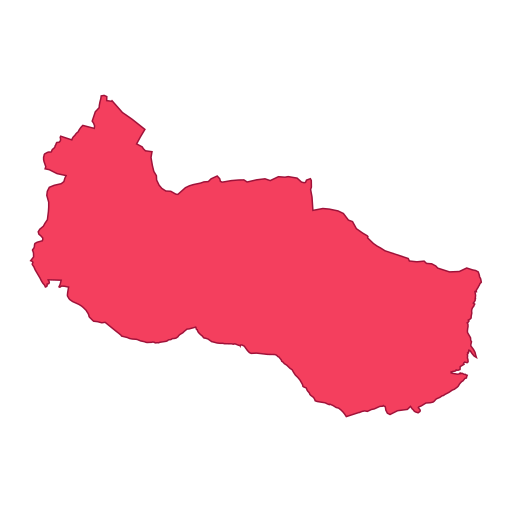 Teliu, Brasov, Romania
{"feature_id": "2599482B6146472281310", "entity_name": "Teliu", "entity_type": "district", "adm_level": 2, "iso_a3": "ROU", "parent_name": "Romania", "parent_adm1": "Brasov", "projection": "albers", "projection_center": [25.905, 45.691], "detail": "fine", "context": "isolated", "style": "filled", "palette": "rose", "viewbox_px": 512, "rotation_deg": 0, "n_neighbors": 0, "source": "geoboundaries", "source_scale": "gbopen_adm2", "svg_char_len": 5983}
<svg xmlns="http://www.w3.org/2000/svg" viewBox="0 0 512 512"><path d="M418.1,412.8L419.8,411.6L420.2,410.9L420.1,410.1L419.8,409.5L418.4,407.9L418.3,407.6L418.5,407.2L419.3,406.7L421.1,406.0L426.0,403.0L430.4,402.7L433.0,402.1L434.2,401.2L435.7,399.5L436.5,398.8L439.8,397.4L442.1,395.8L443.5,395.5L444.8,394.5L448.9,392.4L452.4,390.0L454.3,389.3L457.2,387.2L458.3,386.1L459.5,384.0L460.7,382.6L461.8,381.5L462.9,380.9L464.9,378.4L466.4,378.0L466.5,377.8L466.5,377.1L467.2,375.3L465.8,374.8L465.2,374.3L464.9,374.4L463.7,374.2L462.5,373.4L461.6,373.3L460.9,373.7L460.5,373.0L460.1,373.0L459.0,374.0L457.5,374.2L452.4,373.3L451.1,372.9L451.2,371.8L451.9,372.0L452.4,371.5L455.1,371.1L455.9,370.6L456.0,370.0L456.4,369.9L457.0,370.2L458.2,370.2L460.0,369.5L460.2,366.6L464.0,364.3L463.5,363.5L464.0,362.7L464.7,362.1L467.1,362.7L467.8,362.2L468.1,361.5L468.0,360.5L467.9,359.4L467.4,358.0L467.6,355.8L467.3,354.6L468.3,353.0L467.7,352.7L467.9,352.4L468.5,352.2L468.8,351.6L468.7,351.0L468.8,350.2L469.6,350.4L470.4,351.1L472.1,353.6L474.1,356.0L476.4,357.4L475.8,355.5L475.0,352.3L473.5,349.5L470.9,346.0L470.8,344.7L471.5,341.7L470.7,340.4L470.6,338.5L470.5,337.7L467.5,332.5L467.4,331.0L467.7,328.2L468.0,326.7L468.0,325.1L467.9,324.2L467.2,322.8L468.2,322.2L468.5,321.5L469.0,321.0L468.3,320.1L470.2,319.0L471.1,318.0L471.2,316.1L471.8,313.1L471.6,310.9L471.9,309.2L472.5,307.8L473.8,306.1L474.3,304.6L474.7,304.1L473.3,303.1L474.6,301.4L475.2,300.2L475.1,299.0L475.5,298.7L475.3,298.0L475.6,295.3L475.1,292.5L475.0,291.5L475.4,291.4L476.4,291.7L476.3,290.2L476.5,289.9L478.0,287.5L478.5,286.5L479.4,285.0L480.0,283.5L480.9,282.7L481.3,282.2L480.8,279.5L480.5,278.4L479.5,276.8L479.5,276.0L479.0,274.1L478.2,271.9L475.6,270.5L472.6,269.9L466.7,268.0L459.3,271.5L449.5,271.9L437.7,268.1L435.8,266.0L431.7,263.8L426.5,263.4L424.1,261.1L416.9,261.8L409.4,261.0L408.2,258.5L385.0,250.8L380.6,248.0L377.1,246.1L373.4,243.5L367.6,237.9L367.9,236.5L367.1,235.7L362.7,233.1L356.4,228.7L352.5,221.6L348.4,220.1L343.4,213.5L338.0,210.9L329.3,209.1L322.9,208.5L312.9,210.4L312.0,197.0L310.6,189.5L311.4,187.1L311.3,180.5L310.4,178.7L306.5,180.1L305.5,182.4L304.1,182.7L301.5,182.1L297.1,178.1L288.2,176.6L285.0,177.2L278.4,176.7L270.2,180.6L265.0,178.8L256.7,179.8L247.1,182.0L243.9,179.9L238.5,180.0L231.3,180.6L222.1,182.2L220.4,181.3L219.7,178.7L217.2,176.0L211.1,178.8L208.3,181.6L203.9,181.9L200.5,183.1L193.3,184.6L189.4,185.8L185.4,187.7L177.9,194.4L175.9,194.2L170.8,191.3L165.8,191.0L161.8,188.4L159.1,185.2L156.6,180.0L156.4,175.7L153.8,171.4L152.4,165.6L151.0,157.5L152.0,151.7L145.4,150.8L143.4,148.8L142.2,146.9L136.6,143.9L140.4,136.9L144.9,129.4L132.3,119.4L122.4,112.5L112.0,100.7L111.5,101.3L106.7,100.6L106.8,96.6L104.1,95.4L101.2,95.9L100.8,98.7L99.9,102.2L99.3,105.5L99.2,107.6L95.3,111.8L92.2,121.1L93.6,123.2L94.6,125.9L94.3,128.4L82.8,125.4L80.9,127.4L79.2,129.8L78.1,131.9L76.8,132.9L75.6,134.2L75.0,135.2L73.3,136.9L72.3,138.5L71.8,139.9L60.7,136.2L60.2,137.3L60.6,139.1L60.5,140.3L60.1,141.2L59.2,142.2L56.8,142.5L56.3,143.2L55.9,144.6L55.1,145.9L55.0,146.8L53.7,148.5L52.5,149.3L51.9,150.3L51.5,151.5L51.2,151.9L50.6,152.1L48.7,152.0L47.4,152.4L44.7,153.9L44.2,154.7L43.9,156.3L43.6,157.1L43.6,159.5L44.0,161.5L45.8,166.7L45.1,168.8L49.3,169.7L57.0,173.6L66.1,175.6L64.8,178.4L63.9,181.6L61.2,183.7L54.2,185.3L49.3,187.3L47.3,191.3L46.8,195.4L48.7,202.2L48.7,207.1L48.4,211.7L47.4,219.7L44.9,223.4L43.4,226.2L39.8,229.2L38.2,231.8L38.9,234.2L40.7,235.7L42.7,237.9L42.8,239.4L42.3,240.8L37.2,242.2L34.9,243.5L34.5,244.9L34.4,246.6L33.9,248.0L33.4,248.9L32.7,249.4L32.5,250.2L33.1,251.6L33.5,253.1L33.6,256.9L30.7,260.7L32.0,261.2L32.8,262.0L32.9,262.6L32.2,264.0L32.3,264.5L33.8,266.7L35.2,269.9L40.1,278.2L41.2,280.5L42.8,283.1L44.5,285.1L45.4,287.0L45.9,286.9L47.1,285.9L47.1,284.9L47.2,284.0L48.4,283.8L48.8,283.6L49.1,283.1L49.3,282.6L49.2,282.0L49.1,281.5L48.4,280.4L48.2,279.8L61.2,280.2L60.1,284.5L59.4,286.0L59.0,286.6L59.1,287.0L59.7,287.2L60.1,287.1L61.5,286.1L64.2,286.2L68.6,287.1L67.7,292.3L67.4,295.1L67.5,296.0L68.9,298.5L69.7,299.5L72.5,301.5L78.9,304.4L81.5,306.0L83.3,307.5L86.3,310.5L86.8,311.6L87.4,312.3L88.2,313.7L88.8,315.1L89.0,316.3L89.4,317.1L92.4,320.1L93.6,321.2L97.7,321.7L101.8,322.8L105.1,322.3L116.3,331.4L118.9,333.4L120.9,335.1L121.6,336.1L127.3,337.5L129.6,338.5L132.1,339.0L136.3,339.3L137.5,339.6L140.6,340.9L144.4,341.7L146.3,342.4L147.3,342.5L151.8,342.3L152.5,342.0L154.1,342.2L155.2,342.9L157.4,342.7L158.7,342.8L159.7,342.3L166.1,341.3L167.6,340.7L168.2,340.0L168.6,339.8L170.8,339.6L172.4,338.6L174.2,338.5L176.0,338.1L177.9,336.8L178.7,335.6L179.9,334.5L182.9,332.7L184.3,331.3L187.0,329.1L189.1,328.9L195.7,327.1L196.0,327.6L196.2,328.9L196.6,329.5L197.3,329.7L197.5,330.6L198.2,332.1L199.4,333.5L201.8,335.7L202.2,335.8L203.1,337.1L204.0,338.0L205.6,338.2L208.0,339.0L211.8,341.7L212.6,341.8L217.1,343.0L220.0,343.3L222.8,343.3L224.4,343.7L231.6,343.8L233.3,344.2L234.0,344.1L234.2,343.8L235.2,343.9L238.4,345.2L240.1,345.6L240.2,345.8L240.3,345.3L241.0,344.9L242.3,345.1L244.3,346.2L247.4,350.5L249.4,352.6L251.2,353.4L256.5,353.1L267.8,354.4L274.3,354.5L275.5,354.7L276.8,355.4L277.8,356.5L278.9,357.0L281.2,359.8L281.7,361.2L282.8,361.9L284.4,363.7L286.7,365.1L290.1,368.4L292.2,369.8L293.6,372.4L295.4,375.1L297.8,377.4L300.0,380.1L302.4,384.3L302.7,385.1L302.9,386.3L303.5,386.8L306.3,388.0L307.1,390.2L307.8,391.2L308.8,392.3L309.5,393.3L309.9,394.4L310.6,395.2L313.6,397.5L314.7,399.4L315.2,400.8L317.2,401.5L325.2,402.8L327.2,403.8L328.9,404.5L329.5,404.6L329.7,404.2L330.0,404.2L333.0,405.5L336.2,407.5L338.6,408.1L341.0,410.0L343.0,412.0L344.6,414.0L346.3,416.6L358.9,412.5L359.1,412.6L362.2,411.4L364.7,410.9L367.4,411.4L371.4,409.5L374.3,408.9L379.8,406.4L382.6,406.2L383.3,405.6L383.6,406.0L385.1,406.5L385.5,407.9L385.8,410.1L387.4,413.2L390.0,414.5L397.6,410.7L407.4,409.4L410.5,406.4L412.3,409.0L413.1,409.6L414.3,411.2L415.4,411.9L418.1,412.8Z" fill="#f43f5e" stroke="#9f1239" stroke-width="1.5"/></svg>